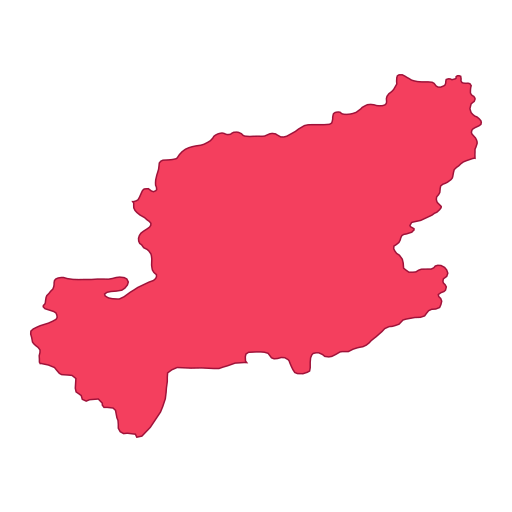 Lyepyel, Vitebsk, Belarus
{"feature_id": "67162791B29799454608156", "entity_name": "Lyepyel", "entity_type": "district", "adm_level": 2, "iso_a3": "BLR", "parent_name": "Belarus", "parent_adm1": "Vitebsk", "projection": "natural_earth1", "projection_center": [28.695, 54.828], "detail": "fine", "context": "isolated", "style": "filled", "palette": "rose", "viewbox_px": 512, "rotation_deg": 0, "n_neighbors": 0, "source": "geoboundaries", "source_scale": "gbopen_adm2", "svg_char_len": 6011}
<svg xmlns="http://www.w3.org/2000/svg" viewBox="0 0 512 512"><path d="M470.8,87.1L471.2,85.7L469.9,83.7L468.1,83.2L465.7,83.3L463.5,83.1L462.0,82.6L460.9,80.7L461.1,79.0L460.7,76.3L459.0,75.7L457.3,75.8L456.1,76.7L456.1,78.1L455.5,78.7L454.6,79.0L452.0,79.7L450.1,78.9L448.4,78.8L446.2,79.5L445.8,81.3L445.7,83.2L445.0,85.0L443.8,85.9L440.4,87.2L438.1,87.1L436.1,86.0L434.1,83.4L432.2,82.3L428.3,81.9L421.9,81.9L417.6,81.6L414.2,80.9L411.5,80.1L408.8,78.4L406.9,77.4L405.2,76.3L402.3,74.8L399.1,74.8L397.4,75.8L396.8,77.7L396.6,81.2L396.8,84.0L393.7,89.4L392.4,90.9L390.8,92.3L388.9,93.7L387.0,96.3L386.4,98.6L386.6,101.8L386.3,103.5L384.8,105.0L382.3,105.7L379.4,105.8L376.7,105.6L374.0,104.8L370.7,104.4L367.4,104.7L365.1,105.8L362.2,107.4L360.8,108.9L356.1,112.4L352.8,113.5L350.0,114.1L346.6,114.4L344.2,114.3L342.3,113.9L341.2,113.3L340.4,112.4L338.8,112.0L337.0,112.1L335.1,112.5L333.5,113.7L333.1,115.1L332.7,117.2L332.7,119.0L332.2,121.5L331.6,123.1L329.5,124.3L324.1,124.7L311.8,124.7L308.1,124.8L304.4,125.6L298.6,129.0L295.3,131.5L291.5,133.6L286.8,136.2L283.7,137.0L280.7,136.9L276.9,134.8L275.6,133.9L272.2,133.4L269.8,133.8L264.5,136.1L262.1,136.3L257.8,136.2L252.9,136.3L249.8,136.5L244.7,136.1L243.0,135.3L241.4,133.7L238.6,132.4L236.7,132.1L233.7,132.3L231.7,133.3L230.5,134.3L227.6,134.6L226.0,134.3L224.0,133.4L222.0,133.0L219.7,133.4L217.9,133.9L215.5,135.1L213.9,136.3L212.8,138.1L210.4,140.7L207.8,142.3L204.1,144.2L200.9,145.2L196.0,145.9L192.2,146.7L188.9,147.7L185.5,149.2L182.2,151.6L179.5,154.5L177.2,157.9L176.2,158.7L173.6,159.3L171.8,159.6L168.6,159.9L162.9,160.2L160.8,161.2L159.3,163.0L159.0,166.0L158.6,169.2L157.6,172.6L156.8,175.1L155.7,179.9L155.5,182.8L155.6,185.2L156.4,187.1L156.7,189.6L155.8,190.7L153.5,191.7L151.4,191.0L148.4,188.7L146.0,188.8L144.1,189.0L142.6,190.4L141.7,192.2L139.5,197.2L138.0,199.8L136.1,200.9L133.7,201.6L132.7,201.6L133.7,203.1L133.7,205.7L133.8,207.9L135.0,210.4L136.9,212.5L140.1,215.1L144.6,217.6L146.9,219.7L149.3,221.4L150.9,223.3L150.8,225.2L149.6,227.1L147.4,228.7L143.5,231.2L140.9,233.2L139.4,235.5L138.5,238.3L138.7,241.1L139.7,243.4L141.6,244.8L143.7,247.7L147.1,249.4L148.9,251.0L150.9,253.9L151.4,255.7L151.8,258.9L151.6,265.1L152.0,268.0L152.4,270.0L153.8,272.3L154.8,273.3L156.4,274.6L156.5,276.6L156.0,277.9L155.1,279.1L153.4,280.5L149.0,282.1L137.7,287.5L133.9,290.0L130.3,292.2L124.0,296.8L119.3,299.0L117.1,299.0L112.3,298.7L108.8,298.0L107.3,297.3L105.1,295.9L104.6,294.0L107.1,292.3L110.9,291.5L116.2,291.1L121.8,290.2L124.9,288.1L127.4,285.0L128.3,282.0L126.8,279.0L124.2,277.6L119.7,277.1L116.2,277.5L112.4,278.5L108.4,279.2L104.1,279.1L97.2,279.1L91.3,279.5L83.8,279.5L78.6,279.6L72.9,279.4L67.3,278.6L63.5,277.5L61.3,277.5L58.1,278.0L55.8,279.0L54.5,280.5L54.1,282.7L54.1,284.4L53.8,286.5L52.9,289.0L50.5,291.4L49.0,293.4L46.8,295.6L46.1,297.4L45.6,300.3L45.3,302.9L44.7,304.2L43.4,305.4L43.2,306.8L45.0,308.7L53.7,311.5L55.9,312.9L56.8,314.9L57.2,317.3L56.1,319.3L52.7,321.2L48.5,323.1L40.2,325.7L36.8,327.2L33.2,329.0L30.9,331.1L30.7,334.1L31.7,337.6L32.5,342.0L33.7,343.7L35.6,345.5L38.1,347.4L40.0,349.9L40.0,352.4L39.2,355.7L39.4,359.2L39.4,362.1L40.2,363.6L41.3,363.5L48.4,365.0L54.5,367.5L56.5,370.0L59.3,373.3L61.6,374.6L67.7,375.0L72.0,375.4L75.9,378.5L75.3,388.2L76.1,391.9L81.2,395.5L82.3,399.3L86.2,401.1L89.6,399.7L98.3,399.0L102.3,403.2L102.3,405.1L104.0,407.4L107.3,407.4L113.0,408.0L115.5,410.3L116.9,417.7L118.0,420.4L118.3,424.4L118.3,428.2L120.2,431.7L123.6,433.6L127.3,433.2L135.4,434.2L136.8,437.2L141.9,436.1L150.3,427.3L160.5,412.0L162.7,406.6L165.3,398.8L166.1,392.3L166.4,388.0L167.3,381.5L167.3,377.3L167.6,372.9L171.8,369.8L177.1,367.5L190.9,368.1L201.6,367.9L213.7,368.5L219.0,368.5L223.0,367.1L227.5,365.8L235.1,363.1L244.3,362.5L246.7,362.6L245.5,361.0L245.3,356.9L245.9,354.1L248.5,352.3L256.5,351.9L260.5,351.9L264.3,352.2L268.1,353.3L271.5,357.8L274.1,358.8L277.6,358.5L281.2,357.5L284.8,357.7L288.2,359.7L289.1,360.8L289.9,363.0L291.4,366.5L292.9,369.6L294.8,372.5L297.5,373.6L303.0,373.7L307.3,372.3L309.6,371.0L310.2,367.7L310.2,362.2L310.6,357.8L311.9,354.7L313.2,353.4L316.1,352.8L318.7,352.8L322.5,354.5L324.8,356.4L328.8,356.9L331.8,356.4L335.8,354.4L340.1,351.9L342.2,351.6L348.3,351.6L353.0,349.2L357.0,347.9L359.5,347.3L362.9,346.7L366.3,345.1L369.2,342.8L371.1,340.7L373.9,338.4L376.0,336.8L381.9,331.6L384.7,328.6L389.1,326.6L392.1,326.4L395.0,325.6L399.0,324.2L403.0,320.0L406.0,319.1L414.7,317.5L420.4,317.3L424.6,315.9L426.5,313.3L428.6,310.7L431.6,309.3L435.8,309.0L439.6,307.5L440.9,304.6L441.7,301.2L440.7,298.5L438.7,296.5L438.3,294.5L440.9,292.7L444.0,291.5L445.5,290.1L446.3,286.9L445.1,284.7L443.4,283.0L442.9,281.3L443.4,278.8L446.7,276.4L447.8,273.2L446.7,270.0L444.6,267.4L441.0,265.5L437.8,265.3L435.3,266.0L433.8,267.8L431.1,269.1L427.5,269.1L421.4,269.2L418.6,270.2L415.9,271.9L413.1,272.2L408.9,272.2L405.7,269.9L403.6,268.2L403.2,263.1L402.3,259.2L399.4,255.2L396.6,253.4L394.9,251.1L393.7,248.8L393.9,246.1L396.4,244.5L398.9,242.5L400.2,240.0L400.8,237.7L401.9,235.5L403.8,234.4L406.5,233.9L411.8,232.2L413.1,230.8L414.0,230.0L414.0,228.7L410.5,226.7L409.9,225.5L411.6,222.5L413.3,222.0L420.7,220.4L432.0,215.1L434.4,213.3L436.9,212.2L439.6,209.7L441.1,207.7L441.2,206.4L437.5,202.7L436.8,201.5L436.3,199.2L436.7,196.8L438.6,194.6L439.8,192.4L440.0,190.5L440.2,188.2L440.7,185.9L442.9,184.2L445.3,183.3L447.5,182.2L451.0,179.6L452.3,178.0L452.7,176.7L453.5,172.4L454.2,169.6L456.5,167.4L458.8,165.8L460.8,163.8L463.4,161.9L466.6,160.6L472.4,158.6L474.7,158.1L475.0,158.2L474.9,154.4L475.0,152.2L475.0,149.9L475.1,148.9L475.8,147.4L477.1,143.5L477.1,142.0L476.6,140.2L475.5,138.0L472.0,134.1L471.4,132.5L471.8,130.4L472.7,129.1L474.9,127.7L479.0,125.8L480.9,124.4L481.3,122.4L480.9,120.8L479.1,118.7L476.9,116.9L474.8,116.1L472.8,114.5L471.1,112.6L470.5,110.7L469.9,108.7L471.1,103.9L472.7,102.5L474.2,101.4L475.0,99.3L475.0,98.3L473.8,96.4L472.0,95.4L470.6,93.5L470.4,92.4L470.5,89.2L470.8,87.1Z" fill="#f43f5e" stroke="#9f1239" stroke-width="1.5"/></svg>